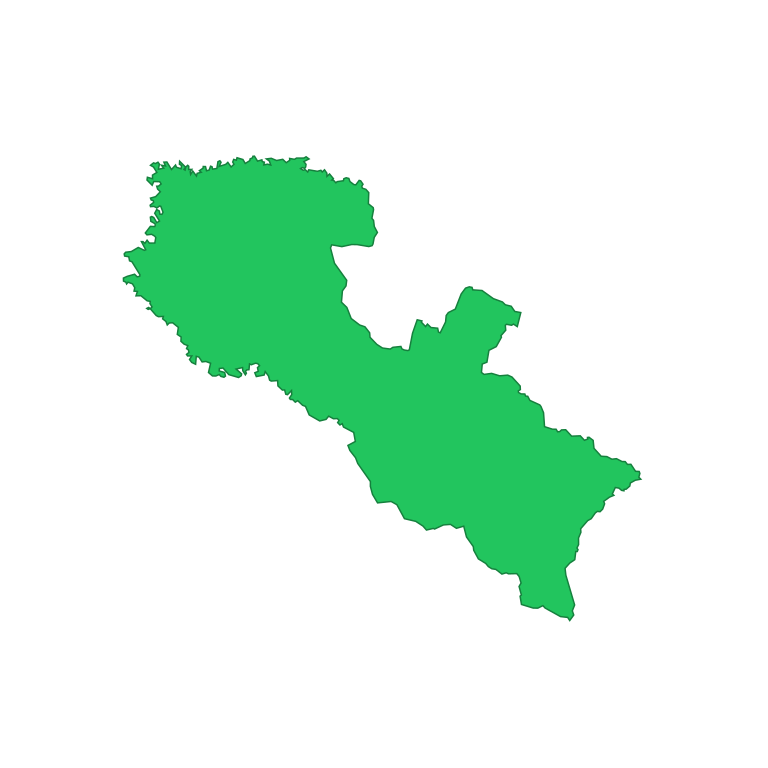 the district of Bagé, Rio Grande do Sul, Brazil, rotated 251°
{"feature_id": "56859067B38463954563112", "entity_name": "Bagé", "entity_type": "district", "adm_level": 2, "iso_a3": "BRA", "parent_name": "Brazil", "parent_adm1": "Rio Grande do Sul", "projection": "mercator", "projection_center": [-53.953, -31.246], "detail": "fine", "context": "isolated", "style": "filled", "palette": "green", "viewbox_px": 768, "rotation_deg": 251, "n_neighbors": 0, "source": "geoboundaries", "source_scale": "gbopen_adm2", "svg_char_len": 6172}
<svg xmlns="http://www.w3.org/2000/svg" viewBox="0 0 768 768"><g transform="rotate(251 384 384)"><path d="M429.1,515.2L440.5,507.1L444.1,498.6L446.7,498.7L448.1,496.3L448.1,492.3L444.0,486.3L431.6,475.8L430.6,468.1L428.5,465.1L422.6,462.4L414.1,453.8L415.3,452.4L419.3,452.9L422.1,446.8L426.5,444.6L424.8,442.0L430.2,439.5L431.3,440.4L433.9,436.3L422.7,427.5L408.1,419.1L407.8,417.5L409.5,414.3L411.3,412.4L414.0,412.2L415.8,404.3L415.0,401.3L418.5,394.3L423.8,390.1L432.7,386.0L437.1,387.1L444.3,384.6L447.7,380.2L456.6,374.3L468.5,373.8L475.2,370.4L485.6,375.0L489.1,380.0L494.2,382.5L514.3,376.5L530.1,377.7L532.6,379.9L527.6,388.9L526.4,398.9L524.5,404.1L518.9,414.4L518.7,417.8L520.0,419.2L525.8,422.5L529.4,427.1L536.1,426.1L542.1,427.4L544.6,426.5L552.3,430.9L554.3,431.2L559.5,427.9L569.9,431.9L574.0,430.2L576.2,427.3L578.3,427.4L579.7,429.2L583.7,428.1L584.6,426.8L581.5,422.2L582.3,420.5L586.5,417.7L589.8,417.7L591.3,415.4L591.2,412.9L589.4,411.8L590.6,405.6L589.9,404.0L593.1,402.6L593.8,401.1L594.7,403.0L600.3,400.9L598.9,397.7L602.0,398.6L605.9,397.5L604.6,394.6L606.6,393.9L606.8,390.3L611.0,382.6L609.3,380.9L612.4,379.2L612.4,377.2L614.8,375.2L615.3,377.1L613.7,379.3L614.7,380.6L617.1,381.8L620.4,380.6L621.2,386.4L624.2,384.3L623.7,381.9L626.1,374.8L625.6,372.5L628.0,368.2L626.2,367.7L625.1,363.6L629.4,361.4L630.3,355.2L634.1,350.9L635.1,346.1L632.1,348.2L627.9,348.2L629.8,345.4L630.3,341.7L632.7,343.1L633.9,341.3L635.7,341.5L635.9,337.0L641.6,335.7L642.0,334.2L640.7,333.3L640.4,330.6L638.9,329.9L637.7,324.6L642.2,323.7L645.8,318.7L643.7,317.3L645.3,315.0L643.1,313.2L640.6,313.7L639.0,310.1L644.4,308.5L643.2,305.8L643.4,299.0L646.7,302.1L648.5,301.5L648.3,299.4L642.2,296.1L643.0,291.9L645.5,292.1L646.4,290.9L643.2,288.3L643.4,285.6L647.7,286.0L648.5,283.9L647.0,283.2L645.8,278.9L643.7,280.1L644.0,275.9L641.7,274.4L647.6,272.5L645.1,269.4L647.9,269.9L649.5,272.1L650.4,269.2L653.4,270.3L654.7,269.6L653.6,267.0L661.2,263.3L658.4,262.1L656.4,263.7L653.6,262.2L656.5,258.3L658.9,258.2L656.0,252.9L664.6,251.0L665.4,248.1L661.3,248.4L663.3,244.8L659.8,246.0L660.5,240.6L665.0,243.2L667.3,242.5L666.8,239.8L668.1,238.1L666.8,234.4L664.2,236.7L658.0,238.1L656.9,233.1L653.4,232.0L656.5,227.6L654.0,226.3L647.4,229.5L650.4,232.2L648.3,237.8L645.7,238.4L644.5,235.2L645.0,233.5L642.0,233.4L638.6,235.1L635.5,229.1L635.8,223.7L633.8,223.8L632.5,225.6L630.7,225.3L629.2,221.1L627.7,221.0L626.8,224.3L624.4,226.6L625.4,229.7L624.7,230.8L618.3,231.0L616.7,229.3L617.5,227.4L620.7,227.9L623.0,225.9L620.1,222.8L611.2,224.8L610.5,221.7L616.4,220.5L618.0,218.9L617.8,217.4L613.7,216.5L610.2,219.6L608.7,219.5L607.5,218.5L609.1,214.4L604.5,207.5L602.2,208.4L601.2,213.0L598.5,215.3L596.8,215.9L591.9,213.2L593.6,208.0L597.1,206.8L594.8,203.7L597.1,202.5L597.6,201.0L588.5,202.4L588.4,200.9L593.1,196.1L591.5,188.2L592.7,182.6L591.6,180.7L589.4,180.4L587.4,184.1L583.3,183.5L581.6,185.5L566.8,188.8L565.4,188.1L565.7,185.5L569.0,183.9L569.4,176.2L569.0,172.1L566.1,171.2L564.3,173.1L562.4,173.2L563.6,175.1L560.6,178.8L556.2,179.7L553.2,177.9L551.8,181.0L548.1,178.2L546.6,182.9L539.8,187.1L538.2,189.9L536.2,188.9L532.4,189.8L531.3,187.5L522.9,190.9L521.1,192.6L519.7,197.4L517.7,195.9L514.1,198.2L510.4,198.3L511.6,200.8L510.7,204.1L504.5,208.0L498.2,204.7L494.5,207.5L490.5,205.9L486.7,208.0L484.2,211.0L481.7,208.8L480.2,210.1L477.4,209.9L476.3,206.9L474.5,207.4L473.1,211.4L470.5,208.1L467.0,209.2L464.0,212.3L471.3,215.5L469.7,217.8L464.1,219.2L463.3,222.9L460.1,226.8L452.0,221.8L447.5,224.4L446.3,227.6L446.6,231.3L444.3,232.2L442.5,234.9L443.1,236.7L446.8,237.1L450.0,232.4L452.3,233.4L451.5,237.0L443.4,240.3L437.5,248.6L438.3,251.7L439.9,252.7L446.3,249.0L445.6,255.6L442.5,254.8L437.8,255.9L439.0,257.4L441.1,257.1L442.0,258.9L441.5,261.0L446.8,263.4L445.4,264.8L445.5,269.3L444.4,271.2L441.8,272.3L440.7,269.7L436.9,269.2L436.7,265.5L432.6,265.7L431.5,273.6L434.4,275.7L429.2,277.4L424.9,277.1L423.5,278.3L421.9,284.5L416.7,283.1L411.4,285.9L410.7,288.1L406.3,287.8L405.3,289.3L407.9,294.4L404.0,293.3L401.5,290.0L399.9,290.4L399.0,292.6L395.7,294.2L396.3,297.0L390.4,300.1L388.4,302.5L379.1,303.2L370.0,311.2L369.4,317.7L371.6,321.2L367.6,324.9L366.5,328.6L364.3,329.7L362.6,327.6L359.6,329.0L360.1,331.6L356.5,331.7L348.1,339.6L339.0,338.2L337.7,329.9L332.2,330.1L323.5,333.1L317.4,333.3L296.2,339.4L291.7,337.8L283.4,337.2L273.7,339.2L270.6,352.5L265.7,356.9L250.0,359.5L243.8,369.3L237.0,374.6L232.1,376.6L231.4,383.6L230.4,384.6L231.4,394.3L229.6,401.2L224.0,405.5L223.6,413.1L212.5,412.2L201.2,415.5L197.6,414.7L187.9,416.3L181.2,421.8L177.4,423.2L174.2,425.8L172.3,429.4L165.9,433.6L165.7,438.1L164.0,439.9L161.5,447.8L158.0,449.1L151.2,448.8L148.6,445.8L139.8,445.2L139.1,443.6L130.8,442.2L123.6,452.1L122.0,456.5L122.7,462.1L119.7,463.4L106.6,475.2L103.5,481.7L99.9,482.6L103.8,488.2L108.2,488.2L113.0,492.3L144.0,493.7L150.8,495.2L154.2,501.3L155.8,507.2L163.2,510.8L162.7,512.2L164.2,513.5L166.1,513.0L168.8,515.7L175.1,517.8L179.7,521.9L183.1,522.8L188.5,532.1L189.2,536.1L193.3,541.8L194.1,544.2L192.9,546.7L194.5,550.0L198.9,553.6L201.5,553.5L203.6,560.3L203.9,565.1L205.7,564.1L210.8,569.0L209.1,572.2L206.1,574.0L204.9,576.1L206.2,576.7L205.7,578.8L207.5,583.2L210.2,584.7L211.2,590.3L210.4,595.8L212.9,594.6L216.1,596.8L218.2,596.8L219.6,593.4L227.7,591.3L228.7,588.0L232.1,586.8L233.2,583.8L237.7,579.5L238.7,575.0L242.8,571.1L245.0,565.8L254.8,561.6L262.6,563.4L266.9,560.5L267.2,559.0L265.7,558.9L265.5,555.2L271.1,552.7L273.6,544.4L281.6,540.9L282.8,536.9L281.8,534.7L282.3,532.6L285.2,532.0L286.4,528.6L291.4,521.9L304.9,525.5L311.6,525.1L313.5,524.5L321.0,516.6L325.6,515.9L326.5,513.9L328.7,513.9L330.0,510.4L332.2,508.4L333.8,508.8L334.3,511.1L337.7,512.1L348.9,507.3L352.1,503.9L354.1,496.0L359.0,489.2L360.5,481.7L363.2,479.9L370.9,483.4L371.1,488.4L381.7,494.2L382.8,502.3L390.0,510.3L391.6,510.3L395.2,516.6L400.0,517.8L400.6,519.2L398.0,523.8L398.5,525.9L394.9,528.7L407.0,536.6L410.0,531.3L416.1,529.6L419.4,524.5L423.0,522.7L429.1,515.2ZM653.6,267.0L651.0,265.6L652.0,264.7L653.6,267.0ZM531.3,187.5L533.0,186.4L532.7,184.3L531.3,185.3L531.3,187.5Z" fill="#22c55e" stroke="#15803d" stroke-width="1.5"/></g></svg>